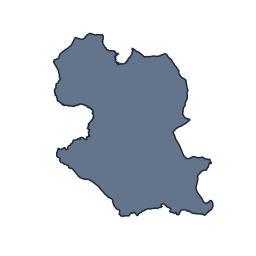 Milengi, Luapula, Zambia (Albers equal-area conic projection), rotated 349°
{"feature_id": "96606910B39507061952782", "entity_name": "Milengi", "entity_type": "district", "adm_level": 2, "iso_a3": "ZMB", "parent_name": "Zambia", "parent_adm1": "Luapula", "projection": "albers", "projection_center": [29.078, -11.938], "detail": "fine", "context": "isolated", "style": "filled", "palette": "slate", "viewbox_px": 256, "rotation_deg": 349, "n_neighbors": 0, "source": "geoboundaries", "source_scale": "gbopen_adm2", "svg_char_len": 5748}
<svg xmlns="http://www.w3.org/2000/svg" viewBox="0 0 256 256"><g transform="rotate(349 128 128)"><path d="M53.3,138.6L52.7,142.1L53.7,143.3L55.4,144.7L55.4,145.5L54.8,146.6L55.2,148.5L55.7,149.0L57.4,149.7L57.9,150.8L60.3,152.1L61.7,153.3L62.4,154.3L62.4,155.4L62.8,156.0L63.5,156.5L64.8,156.9L65.8,157.6L70.2,165.8L71.6,167.6L74.7,169.6L78.6,170.7L79.9,171.3L82.7,173.8L88.0,179.8L89.0,182.3L91.4,186.0L92.6,188.3L95.3,192.0L96.0,192.8L97.5,193.6L98.6,194.6L99.1,196.0L99.0,199.3L99.7,202.0L101.1,205.0L103.9,207.0L104.0,207.7L103.5,209.7L102.9,211.0L103.4,211.3L103.9,212.5L104.7,213.3L105.5,213.6L106.4,213.4L107.5,213.8L109.1,213.7L111.2,214.3L112.1,214.3L113.3,213.4L113.8,212.6L114.4,212.1L115.3,212.1L115.9,212.6L116.4,212.5L117.3,211.8L118.6,212.5L120.0,215.5L120.7,215.6L121.3,215.3L122.2,214.1L122.7,213.8L124.2,213.4L124.5,213.5L125.0,213.3L125.7,212.5L127.6,212.3L131.0,211.1L133.3,211.3L134.6,211.8L136.3,211.5L138.0,211.9L139.7,211.8L141.2,212.6L143.6,212.0L144.9,212.2L146.4,211.5L145.6,210.5L145.9,209.8L146.9,209.2L147.7,209.0L149.1,209.7L151.4,213.0L152.0,213.5L152.9,213.8L154.4,215.4L154.5,216.0L153.3,217.4L153.2,217.8L153.5,218.6L157.0,220.0L157.6,220.8L158.7,220.1L159.1,220.2L159.3,220.8L159.3,222.1L159.9,222.5L161.4,222.7L163.5,219.6L164.2,219.2L165.5,218.8L167.5,219.0L169.5,219.6L170.3,220.9L172.4,221.6L174.6,223.6L177.4,224.8L183.8,226.5L185.0,227.1L186.2,228.1L187.1,228.1L187.8,227.7L189.1,226.6L189.8,226.4L192.2,224.7L193.6,224.4L194.8,223.3L196.6,220.8L196.8,217.4L196.2,215.7L195.8,215.1L194.6,215.1L193.8,215.4L193.0,216.1L190.6,216.9L189.8,216.6L188.8,215.8L187.8,214.6L187.3,211.7L183.7,204.1L183.3,201.1L183.4,199.3L186.7,192.0L187.1,188.9L187.7,187.7L192.1,184.5L195.0,183.9L196.6,184.3L199.6,181.1L200.5,178.9L200.9,178.5L202.6,178.7L203.3,177.9L203.0,177.3L202.0,176.8L202.5,174.8L202.2,174.4L199.8,173.8L197.9,172.9L195.2,170.7L192.8,170.9L191.2,170.6L187.2,168.7L186.3,168.5L182.5,169.6L181.1,169.6L180.2,169.3L179.0,168.3L177.9,166.7L177.0,164.2L175.1,154.4L172.5,147.5L172.4,144.9L171.4,141.5L171.5,141.0L173.0,139.2L175.3,137.7L178.3,136.6L180.4,136.4L183.9,134.9L185.0,134.8L190.3,131.8L190.2,131.4L189.6,131.0L186.8,129.6L185.5,128.3L184.3,124.8L184.8,123.0L185.4,121.8L185.6,120.1L186.3,118.8L187.9,117.3L188.4,116.5L188.6,115.3L189.2,113.8L191.2,111.4L192.2,108.8L192.6,106.3L192.5,105.1L192.9,104.1L194.0,102.6L194.0,101.7L193.6,100.3L193.9,92.8L193.5,91.4L190.3,88.6L189.5,87.0L188.1,83.7L188.7,81.8L188.7,80.9L188.1,80.1L187.0,77.2L186.2,76.3L185.1,73.3L184.4,72.3L183.7,69.2L181.2,66.4L180.1,63.4L179.5,62.7L178.1,62.1L172.4,63.3L170.0,63.2L168.6,62.9L167.2,62.2L163.1,62.2L159.6,61.4L157.6,61.3L155.6,58.6L153.7,56.6L153.1,55.6L151.1,54.6L149.4,52.4L147.6,50.7L147.4,50.7L146.9,51.9L147.5,52.7L147.5,53.0L146.3,54.7L146.4,55.5L146.1,56.3L143.8,58.3L143.4,59.1L142.0,59.5L140.9,61.0L140.0,61.7L140.1,62.1L139.3,63.0L138.9,63.1L138.7,62.9L138.4,63.5L136.4,64.1L134.2,64.0L133.0,63.4L132.2,63.9L131.1,63.4L130.7,63.8L129.9,63.0L130.8,63.0L131.3,62.3L130.3,61.7L130.2,61.9L129.9,61.9L129.7,61.2L129.3,61.1L129.3,60.8L128.6,60.3L128.5,59.9L128.4,58.8L129.2,58.5L128.7,57.4L129.3,56.7L128.9,56.5L128.8,55.8L129.1,55.4L128.7,55.1L129.0,54.8L129.5,55.1L130.2,54.8L130.2,54.4L130.6,54.5L130.4,54.1L131.0,53.8L131.0,53.4L132.0,53.5L131.9,53.4L132.2,52.7L131.5,52.7L130.1,52.0L130.0,51.4L129.8,51.5L129.6,51.2L129.9,50.9L129.7,50.7L129.7,50.1L126.4,48.9L126.0,49.1L125.8,48.9L124.7,48.9L123.6,48.2L123.4,47.6L122.9,47.2L122.4,47.3L122.3,46.9L121.9,46.6L121.7,45.2L121.0,44.6L120.5,43.7L120.5,43.1L119.7,41.3L119.5,40.3L119.4,38.2L119.7,38.2L120.0,36.8L120.7,35.8L120.6,34.7L121.1,33.9L121.2,33.2L120.8,31.8L120.4,31.3L118.9,31.7L118.2,31.2L115.6,30.5L113.6,30.5L112.3,29.8L111.5,29.1L110.6,28.9L108.9,27.9L107.5,28.1L105.4,28.9L102.1,31.7L100.6,32.1L99.3,32.2L93.5,29.1L88.1,36.0L86.1,37.2L77.7,41.0L75.7,42.2L75.2,42.6L73.2,46.3L68.3,47.3L67.7,49.6L70.7,58.3L70.5,59.2L70.9,62.7L70.3,64.6L71.0,66.9L70.5,67.6L69.4,68.2L67.8,70.5L65.9,71.0L65.8,71.7L65.1,73.3L65.2,74.2L64.7,75.0L64.3,75.1L64.2,75.6L63.5,75.9L63.0,76.7L62.9,78.2L63.1,78.8L62.8,79.1L63.1,79.6L62.8,80.1L63.2,80.5L62.9,81.7L63.1,81.8L63.1,82.2L63.5,82.4L63.7,82.9L64.0,83.0L63.9,84.0L64.1,86.1L63.8,86.6L64.2,87.9L66.2,89.6L66.2,90.1L66.5,90.5L67.5,90.9L67.8,92.2L68.5,92.6L68.7,93.1L69.0,92.9L69.0,93.2L69.3,93.1L69.4,93.3L69.9,93.6L70.7,93.5L72.2,94.2L73.8,94.5L74.1,95.2L75.8,95.0L76.8,95.9L78.0,95.8L78.2,96.2L78.9,96.5L81.8,95.8L82.6,95.9L82.9,95.5L84.2,95.9L84.5,95.4L85.3,95.3L87.6,95.9L87.7,96.2L88.6,96.3L88.8,96.7L90.0,97.2L90.1,97.8L91.1,97.9L92.0,98.9L92.2,99.4L92.7,99.3L92.7,99.8L93.1,100.0L92.8,100.3L93.0,100.5L93.6,100.6L94.3,101.1L94.5,100.9L94.7,101.0L94.9,101.3L94.9,101.8L95.6,102.2L95.8,102.9L96.2,102.9L96.2,103.4L96.7,103.6L96.9,104.8L96.6,105.4L96.1,105.7L96.4,106.7L96.2,107.1L95.9,107.1L96.8,108.7L96.1,110.0L95.9,111.0L96.1,111.3L95.3,111.8L94.5,113.3L93.6,113.4L93.1,114.3L90.0,116.3L89.9,117.0L90.2,117.0L90.3,117.8L89.4,118.5L89.1,119.4L88.7,119.7L88.8,120.1L88.3,120.6L88.8,121.0L88.7,121.7L89.2,121.7L89.9,122.3L89.9,122.6L89.1,123.4L89.0,123.9L88.5,124.2L88.3,124.9L88.5,125.0L88.3,125.3L88.5,126.9L88.2,127.1L88.1,127.7L88.7,128.0L88.6,128.3L88.8,128.6L88.4,128.7L87.7,128.4L87.6,128.9L86.5,129.0L86.3,129.4L85.7,129.1L85.2,130.3L85.3,131.4L83.7,131.0L82.1,129.1L81.6,128.9L81.1,128.4L79.2,128.4L78.9,128.6L79.0,129.4L78.5,130.0L76.8,129.0L74.6,129.9L72.4,129.5L72.1,130.0L71.4,130.3L71.0,131.5L69.7,132.5L69.0,132.6L68.5,133.7L67.5,133.9L65.7,134.7L64.8,136.2L64.6,137.4L63.0,137.4L62.4,135.5L61.9,135.1L61.6,135.1L61.5,135.6L61.2,135.8L60.0,135.6L58.4,136.3L57.1,135.9L56.4,134.9L55.8,134.8L55.6,135.2L54.9,135.5L55.0,136.4L53.3,138.6Z" fill="#64748b" stroke="#1e293b" stroke-width="1.5"/></g></svg>